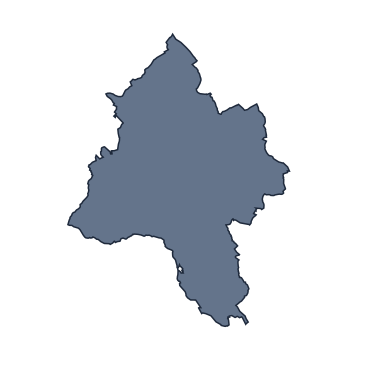 the district of Zalau, Salaj, Romania, rotated 43°
{"feature_id": "2599482B75306965992647", "entity_name": "Zalau", "entity_type": "district", "adm_level": 2, "iso_a3": "ROU", "parent_name": "Romania", "parent_adm1": "Salaj", "projection": "natural_earth1", "projection_center": [23.08, 47.176], "detail": "fine", "context": "isolated", "style": "filled", "palette": "slate", "viewbox_px": 384, "rotation_deg": 43, "n_neighbors": 0, "source": "geoboundaries", "source_scale": "gbopen_adm2", "svg_char_len": 6015}
<svg xmlns="http://www.w3.org/2000/svg" viewBox="0 0 384 384"><g transform="rotate(43 192 192)"><path d="M176.9,267.3L177.0,266.2L177.6,265.4L177.6,263.1L178.2,263.0L178.5,262.1L181.4,259.8L184.2,258.1L187.1,257.0L187.7,255.7L187.7,255.0L189.2,253.9L190.1,252.8L191.8,252.1L193.2,252.0L194.2,250.5L199.2,248.0L200.8,246.8L204.0,246.3L205.2,246.9L205.5,247.8L208.8,249.2L209.3,250.0L209.9,250.1L212.6,250.0L216.6,248.4L217.9,248.2L218.8,248.7L219.0,249.5L219.9,250.4L221.6,252.0L222.6,252.5L225.7,252.8L226.5,253.1L231.5,256.2L232.3,257.2L233.0,257.5L233.7,257.0L233.2,255.4L232.4,253.7L234.1,254.4L235.1,254.2L237.5,254.4L237.7,254.9L239.1,255.8L238.3,256.3L240.8,257.2L239.3,258.7L238.3,258.3L234.7,258.5L235.5,259.1L238.0,262.0L239.1,263.9L240.4,265.6L241.7,266.2L243.1,266.3L243.9,265.7L245.6,266.3L245.3,267.4L246.9,268.8L255.1,269.6L257.1,270.7L258.4,271.9L260.9,272.4L264.6,271.9L268.4,268.5L277.3,270.6L275.9,271.9L275.9,272.3L282.0,274.3L282.2,273.3L282.6,273.0L285.0,271.6L290.2,269.6L298.1,270.6L303.5,269.3L304.3,269.7L307.5,267.9L308.2,267.3L308.4,266.5L309.2,266.1L309.2,265.3L309.7,264.8L309.7,263.9L306.1,260.8L304.4,260.1L304.6,259.7L303.6,259.1L304.8,257.9L303.9,257.4L304.5,256.4L305.4,255.2L309.0,254.4L309.3,254.0L309.7,252.4L310.2,251.9L312.5,251.5L313.5,249.4L315.0,249.7L321.5,252.1L321.4,251.5L321.8,248.8L317.8,247.7L315.5,246.5L308.4,246.7L303.6,245.1L301.4,245.0L302.0,241.3L301.9,240.5L302.6,238.0L302.3,233.2L301.4,232.4L302.4,230.5L301.7,227.8L300.6,226.2L300.0,225.8L299.8,224.5L299.5,223.9L295.9,222.2L293.6,222.4L292.6,221.5L291.4,222.4L289.6,221.7L286.7,221.0L285.9,221.3L285.5,221.9L284.9,222.0L284.8,221.6L283.1,221.1L282.0,220.0L281.8,219.3L281.2,219.3L280.6,218.6L279.8,218.4L279.3,217.7L278.2,217.0L277.5,215.3L276.7,215.0L273.8,212.4L272.7,211.0L272.7,209.7L269.2,210.2L268.4,210.2L267.8,209.6L267.9,208.5L269.5,205.9L269.4,205.4L265.8,205.6L261.9,204.7L262.1,200.3L258.8,199.9L257.5,200.3L256.1,199.7L254.5,200.3L253.7,199.2L253.0,199.1L251.8,197.9L250.7,197.8L250.3,197.1L247.5,196.7L246.4,195.8L244.1,195.3L243.0,194.0L241.6,193.8L239.3,192.9L241.3,190.5L241.7,189.5L241.3,187.6L240.2,185.5L240.4,185.3L240.2,184.1L240.3,183.7L240.9,183.7L241.8,184.3L241.9,183.6L243.2,182.7L248.3,181.7L255.8,176.9L256.6,176.8L256.4,174.5L255.3,173.1L254.2,169.7L254.3,167.3L254.6,165.9L254.5,164.9L251.8,165.8L251.1,162.5L251.8,162.3L250.7,161.0L250.8,160.0L249.9,160.1L253.6,157.2L254.9,157.3L255.5,154.8L253.5,152.4L252.1,151.5L250.7,151.1L248.3,149.3L246.9,147.0L246.4,144.8L246.5,143.8L248.2,143.4L250.1,141.4L251.2,140.8L252.1,140.7L254.3,138.7L254.6,137.7L256.0,135.7L257.3,134.0L258.9,132.8L259.6,131.7L259.7,130.3L258.1,129.4L258.1,126.8L258.3,126.2L258.0,125.8L253.2,123.3L250.3,120.0L249.1,119.6L249.2,119.0L247.5,118.0L247.1,117.5L247.0,117.0L246.4,116.5L248.5,112.7L248.4,112.2L247.4,111.6L249.0,110.3L244.9,108.5L240.6,108.5L238.9,108.5L238.5,109.0L234.9,110.9L229.7,111.9L228.6,112.0L227.3,111.3L225.7,111.5L223.6,112.7L222.5,112.8L219.7,112.3L216.7,111.1L215.7,110.6L215.1,109.6L213.5,108.3L212.7,107.2L211.7,104.1L207.7,105.3L207.7,103.0L209.1,101.1L207.4,99.9L207.6,99.6L203.5,96.7L203.3,96.2L202.0,95.5L199.3,94.9L198.9,94.5L198.6,92.4L197.8,90.8L195.3,88.5L193.7,87.6L193.1,87.9L190.1,86.8L185.3,87.0L182.8,85.0L179.3,83.5L177.0,90.3L176.4,93.8L174.7,96.4L172.3,96.1L166.2,96.2L165.8,98.1L165.4,98.1L163.3,103.8L162.4,104.6L161.7,108.2L160.6,111.1L159.7,112.1L159.8,114.2L160.3,115.2L160.0,115.6L157.4,116.5L156.5,115.5L154.5,114.8L153.8,113.9L151.0,112.8L148.5,111.2L146.0,110.4L145.2,110.9L142.1,109.1L141.0,109.7L140.3,109.2L139.8,109.4L139.1,108.8L139.3,107.4L137.9,107.3L136.4,110.6L135.8,110.5L134.9,111.6L130.7,114.7L128.1,115.3L126.3,114.8L124.9,113.7L125.1,112.1L123.7,107.1L122.2,104.0L120.7,102.7L120.5,102.8L116.8,100.5L114.2,99.9L113.7,99.5L113.6,99.1L112.9,98.8L110.5,98.4L109.1,98.7L105.2,98.6L106.3,93.3L106.1,92.5L104.4,92.5L102.4,91.9L100.3,91.8L94.8,90.7L89.0,90.3L81.9,90.2L76.0,91.3L70.2,89.8L70.8,91.9L70.8,93.9L70.4,94.2L71.0,100.2L73.8,101.0L74.2,102.3L75.0,103.2L75.7,103.7L77.6,104.1L76.2,108.4L77.4,108.7L74.7,117.6L74.5,119.7L74.0,121.4L75.1,126.7L75.1,129.1L75.1,131.1L74.3,133.1L74.2,134.9L76.3,136.7L76.2,137.3L76.7,138.0L76.3,139.4L76.3,140.9L77.0,142.6L76.4,144.1L74.9,146.3L74.9,146.9L73.8,149.0L72.0,149.8L71.8,150.2L72.0,151.7L71.7,153.6L75.5,155.3L74.7,157.7L74.8,160.2L74.0,162.5L74.1,163.6L75.5,168.2L75.7,169.4L74.7,171.0L72.8,172.6L69.6,173.9L67.6,174.1L64.6,175.6L62.8,177.5L62.2,179.0L64.9,179.9L68.5,179.4L70.7,179.5L73.4,180.4L74.8,180.2L75.2,182.0L78.6,180.9L79.5,182.2L80.3,182.8L80.8,186.4L83.3,186.4L83.1,189.8L85.0,189.8L84.4,188.5L84.3,187.7L94.4,188.4L94.7,188.7L94.5,190.5L95.7,193.7L94.9,196.6L98.2,199.5L101.4,201.7L101.8,201.5L104.1,204.2L105.5,207.1L108.7,211.7L107.0,214.8L105.0,216.8L107.5,218.6L106.7,219.6L106.2,219.5L105.0,218.5L97.4,218.6L96.9,218.9L95.9,221.0L96.0,221.8L97.9,223.9L97.8,224.9L99.5,226.6L101.1,227.1L103.3,227.1L101.9,230.7L96.9,230.5L97.9,232.6L100.5,234.4L98.9,238.2L98.8,241.3L98.2,242.5L98.7,243.0L98.7,243.7L99.3,244.2L101.4,244.2L102.2,245.8L103.7,245.4L104.3,246.2L104.9,246.0L106.3,246.8L106.7,247.7L108.0,247.5L109.2,250.8L108.8,253.3L108.9,254.7L110.2,257.1L111.4,257.0L113.4,259.8L115.1,260.9L115.7,261.7L116.4,262.8L116.9,264.3L118.1,265.1L118.4,265.7L118.7,267.8L118.6,273.1L119.1,275.6L118.7,277.4L120.3,279.0L120.6,280.0L120.4,281.9L119.8,283.9L120.0,286.7L119.2,288.0L119.2,289.4L120.0,291.4L120.1,293.7L120.9,294.7L121.3,296.1L123.5,300.5L125.0,300.0L127.0,298.3L129.1,298.1L133.6,295.9L135.7,295.9L142.4,297.8L144.6,298.1L145.7,297.9L147.4,296.7L148.0,296.0L148.1,295.2L149.4,294.7L150.2,293.5L150.2,292.5L150.4,292.4L152.1,291.8L154.4,291.6L155.8,290.6L159.1,290.5L163.0,289.4L166.3,286.6L167.0,286.1L167.9,286.1L168.8,283.5L168.7,281.2L168.9,280.9L170.3,281.2L170.6,281.0L170.7,280.2L171.6,278.7L172.8,277.3L172.9,276.9L172.0,274.9L172.0,274.4L173.0,272.7L175.5,271.7L176.0,271.1L176.2,268.6L176.9,267.3Z" fill="#64748b" stroke="#1e293b" stroke-width="1.5"/></g></svg>